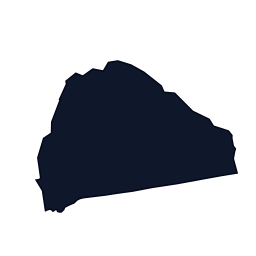 outline of Polk, North Carolina, United States of America, rotated 348°
{"feature_id": "52423323B70248035417131", "entity_name": "Polk", "entity_type": "district", "adm_level": 2, "iso_a3": "USA", "parent_name": "United States of America", "parent_adm1": "North Carolina", "projection": "robinson", "projection_center": [-82.192, 35.297], "detail": "fine", "context": "isolated", "style": "filled", "palette": "ink", "viewbox_px": 256, "rotation_deg": 348, "n_neighbors": 0, "source": "geoboundaries", "source_scale": "gbopen_adm2", "svg_char_len": 1065}
<svg xmlns="http://www.w3.org/2000/svg" viewBox="0 0 256 256"><g transform="rotate(348 128 128)"><path d="M100.1,189.3L110.5,190.0L115.5,190.4L119.9,190.7L124.6,190.8L139.2,191.1L155.9,192.1L164.3,192.6L185.2,193.2L189.6,193.3L209.1,193.9L225.4,194.7L224.6,179.9L227.5,172.8L228.1,171.9L228.6,170.9L228.7,170.6L228.5,170.0L228.1,169.5L227.9,168.7L227.2,168.0L227.4,159.8L227.4,159.7L228.1,156.8L225.6,151.8L211.9,143.9L209.2,136.4L194.7,125.1L180.8,103.6L170.6,100.5L169.3,93.8L155.1,76.7L144.1,67.1L132.0,60.3L122.5,59.8L115.7,67.2L105.9,63.0L94.6,67.9L88.3,63.6L77.1,69.3L77.0,72.2L67.0,85.8L67.6,86.2L54.7,106.2L52.1,117.1L43.3,120.6L33.6,138.4L32.2,158.8L30.8,159.9L29.7,159.9L27.3,159.8L31.4,171.5L31.3,172.7L30.1,191.7L31.9,191.3L34.7,191.1L36.4,192.1L37.0,193.5L37.3,193.7L38.1,193.6L40.1,192.6L40.6,192.6L41.7,193.6L41.8,195.0L43.7,196.0L45.5,196.2L48.3,194.3L49.3,192.6L49.8,192.3L53.7,191.2L59.7,190.0L63.2,187.8L66.3,187.0L67.1,187.0L70.1,186.9L79.0,187.7L92.5,188.9L99.9,189.3L100.1,189.3Z" fill="#0f172a" stroke="#020617" stroke-width="1.5"/></g></svg>